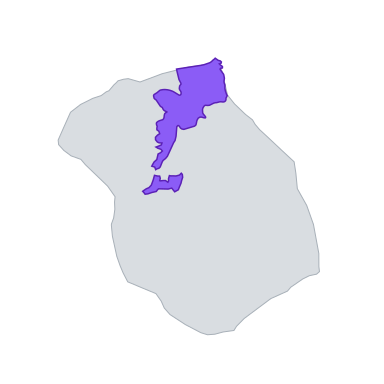 where Mafeteng sits in Lesotho, rotated 103°
{"feature_id": "LSO-3453", "entity_name": "Mafeteng", "entity_type": "District", "adm_level": 1, "iso_a3": "LSO", "parent_name": "Lesotho", "parent_adm1": "", "projection": "natural_earth1", "projection_center": [27.626, -29.78], "detail": "fine", "context": "in_parent", "style": "filled", "palette": "violet", "viewbox_px": 384, "rotation_deg": 103, "n_neighbors": 0, "source": "natural_earth", "source_scale": "10m", "svg_char_len": 3690}
<svg xmlns="http://www.w3.org/2000/svg" viewBox="0 0 384 384"><g transform="rotate(103 192 192)"><path d="M253.0,259.6L242.8,263.0L241.4,263.3L234.9,262.5L226.1,263.3L219.3,265.2L213.9,265.9L205.2,275.6L189.4,302.0L185.2,307.6L184.0,317.9L180.4,326.1L175.9,332.6L171.5,334.1L158.4,331.6L141.6,328.3L131.8,320.3L123.1,309.8L118.5,302.2L113.7,298.1L112.0,295.7L105.2,292.2L102.6,290.4L100.3,289.1L97.5,284.0L95.9,279.6L96.5,267.4L91.7,260.1L83.4,247.6L78.2,237.4L71.0,223.5L66.6,211.5L62.0,199.2L62.6,193.9L67.0,190.3L79.7,184.0L89.6,179.2L96.6,170.4L104.4,157.3L108.1,149.3L111.9,145.7L116.0,140.2L123.1,127.8L131.1,114.1L139.6,99.3L150.4,95.0L165.1,90.1L179.3,77.2L196.2,66.4L223.4,54.6L236.1,51.6L240.9,49.9L244.0,52.1L247.2,58.9L251.8,64.5L262.5,74.3L267.1,76.7L278.1,91.2L289.9,101.2L303.5,112.7L312.8,118.4L317.5,120.0L321.4,130.2L325.4,137.7L327.6,144.8L327.1,151.7L322.7,168.6L316.4,185.8L311.3,192.9L305.2,197.5L299.1,204.3L296.8,218.1L294.0,234.4L286.2,241.0L280.1,245.4L271.6,250.8L253.0,259.6Z" fill="#d9dde1" stroke="#a8b0b8" stroke-width="1"/><path d="M65.9,192.3L66.4,192.0L70.1,187.8L70.7,187.4L73.9,186.0L77.2,185.7L78.4,185.2L80.4,184.0L83.6,183.3L86.0,182.2L89.7,179.9L90.2,179.3L90.5,179.4L92.9,180.0L94.2,179.7L94.7,179.7L95.5,179.8L96.2,180.2L96.8,180.8L97.3,181.9L97.6,184.3L98.0,185.5L99.4,188.1L99.8,189.5L100.6,190.9L103.5,194.4L104.1,196.0L104.3,197.2L104.4,198.2L104.9,199.1L105.7,199.6L107.4,200.2L108.3,200.3L109.4,200.3L112.4,199.4L113.0,199.0L113.5,198.5L115.5,195.9L116.1,195.5L116.7,195.6L117.0,196.7L116.9,199.9L117.4,201.3L118.7,202.6L121.3,203.3L124.9,203.2L126.1,203.4L127.3,204.4L132.8,214.0L132.9,216.0L132.3,217.6L131.2,218.7L130.3,219.9L130.5,220.8L131.8,221.5L141.2,220.1L145.7,220.1L148.1,221.0L162.7,224.0L165.3,225.3L167.8,227.3L169.5,227.8L174.7,228.6L176.1,229.4L176.9,230.5L177.3,231.4L178.4,232.4L176.1,233.9L175.9,237.0L174.2,236.6L171.3,235.7L168.3,233.6L165.5,233.6L162.6,233.6L160.7,231.4L158.7,230.1L157.4,231.9L157.0,235.2L156.3,237.2L155.0,235.2L153.0,232.5L151.0,232.3L151.5,235.2L151.1,237.0L149.3,239.3L146.9,239.9L144.3,238.4L142.5,236.6L140.3,237.9L139.3,240.2L137.7,240.6L135.8,240.7L134.6,241.6L133.4,242.1L132.3,242.1L131.2,241.3L130.4,240.5L129.7,239.5L128.1,236.8L127.1,236.2L125.7,236.0L123.3,236.3L121.8,236.2L120.7,235.5L120.2,234.8L119.9,234.5L119.6,234.5L119.1,236.7L118.9,237.4L118.5,238.0L118.1,238.5L117.5,239.1L116.9,239.5L116.4,239.9L116.2,240.3L116.0,241.1L115.7,241.8L115.4,242.3L110.7,247.3L110.4,247.7L110.2,248.1L109.7,249.3L109.4,249.7L108.9,250.2L108.1,250.5L107.0,251.1L106.4,251.1L105.6,250.9L103.2,248.5L100.3,246.3L99.9,245.8L99.7,245.5L98.8,243.4L98.4,242.0L98.1,240.5L97.9,238.5L97.9,236.2L98.2,233.6L98.5,232.4L100.4,226.7L100.5,225.8L99.9,225.0L98.9,224.7L97.2,225.1L96.1,226.0L95.5,226.7L94.8,227.3L93.8,227.7L91.5,227.9L90.6,227.6L89.9,227.2L89.3,227.0L88.5,227.3L85.3,230.0L77.5,233.9L75.7,234.7L66.3,211.1L66.2,211.1L65.3,209.0L62.0,203.7L60.5,202.3L59.0,201.4L57.3,200.0L56.4,199.5L57.8,196.1L57.9,193.9L58.7,192.6L59.9,192.6L61.0,194.2L61.7,193.2L62.6,191.0L63.2,190.4L64.3,190.3L64.7,191.1L65.0,191.9L65.9,192.3ZM179.8,204.4L183.3,204.7L185.9,204.7L190.5,205.5L192.9,205.8L195.7,208.9L192.8,212.6L194.5,215.9L196.2,224.3L196.4,225.3L197.8,226.2L199.5,226.9L200.4,228.7L201.5,231.0L203.7,234.5L204.7,237.2L203.5,238.6L202.4,240.2L200.8,238.8L199.1,237.2L197.5,235.0L194.5,233.2L191.4,232.8L188.8,232.5L184.2,232.3L184.2,229.2L183.8,227.1L185.8,226.0L188.2,226.0L188.2,225.1L187.3,222.6L186.8,220.4L187.9,217.7L186.6,217.3L184.2,217.9L181.1,217.7L181.1,216.4L180.5,213.9L180.0,211.2L178.3,208.0L176.1,206.7L177.0,205.4L179.8,204.4Z" fill="#8b5cf6" stroke="#5b21b6" stroke-width="1.5"/></g></svg>